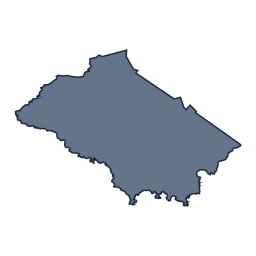 outline of Municipality A, Montevideo, Uruguay
{"feature_id": "84410073B77317438071438", "entity_name": "Municipality A", "entity_type": "district", "adm_level": 2, "iso_a3": "URY", "parent_name": "Uruguay", "parent_adm1": "Montevideo", "projection": "albers", "projection_center": [-56.335, -34.842], "detail": "fine", "context": "isolated", "style": "filled", "palette": "slate", "viewbox_px": 256, "rotation_deg": 0, "n_neighbors": 0, "source": "geoboundaries", "source_scale": "gbopen_adm2", "svg_char_len": 5824}
<svg xmlns="http://www.w3.org/2000/svg" viewBox="0 0 256 256"><path d="M98.9,55.1L96.5,57.3L89.8,58.9L90.3,61.9L89.6,63.2L89.5,63.9L90.8,65.0L90.8,67.5L90.5,68.0L89.6,68.0L88.5,68.8L87.8,70.0L89.2,70.3L89.2,70.7L88.9,70.9L89.1,71.3L85.6,72.0L84.8,72.6L84.5,74.1L84.0,74.5L83.5,76.1L82.7,76.7L81.6,76.7L78.2,77.3L69.4,76.2L68.0,75.5L63.0,76.0L58.2,75.3L56.6,76.3L57.2,76.5L56.6,78.9L53.3,80.9L52.0,82.3L48.3,84.6L45.2,84.8L45.7,85.1L43.7,86.2L43.0,86.4L42.3,87.7L40.9,87.7L40.7,87.8L40.9,88.2L41.8,88.8L42.0,90.2L40.9,90.8L40.6,91.5L39.5,92.2L39.8,93.5L39.3,94.2L39.4,95.0L39.0,95.0L39.3,95.6L38.9,95.4L38.1,96.0L38.4,96.4L38.1,96.7L36.4,95.9L37.7,97.0L37.7,97.4L37.5,97.5L37.7,97.9L37.3,98.0L37.4,98.3L36.1,98.8L34.3,98.7L34.2,99.0L32.9,99.0L32.5,99.5L32.6,100.3L32.3,100.7L31.8,100.7L31.6,101.2L31.1,100.9L30.5,101.1L29.8,101.6L30.3,101.9L29.5,101.9L29.0,102.1L29.4,103.1L29.0,103.5L29.0,104.0L28.6,104.2L28.6,104.7L28.0,105.1L26.3,104.7L25.0,105.2L24.2,106.0L23.1,106.5L22.8,107.2L21.1,108.8L19.8,110.5L16.2,111.2L15.4,111.8L15.4,112.0L15.8,112.3L15.6,114.0L16.0,115.0L17.6,115.3L16.8,116.0L16.8,116.5L17.4,117.0L17.3,117.7L17.8,118.1L17.8,118.8L17.4,119.1L17.6,119.9L19.7,120.5L20.8,120.5L20.7,121.5L21.8,123.4L25.3,123.7L26.3,124.1L26.7,124.9L27.1,125.0L27.2,125.5L27.8,125.8L30.1,126.4L31.6,125.9L32.5,126.1L32.3,126.3L33.5,125.8L34.3,126.8L35.3,127.0L34.9,127.4L35.3,127.4L35.3,127.8L36.0,127.6L36.3,127.9L37.1,127.7L37.2,128.1L38.1,128.0L39.3,128.6L41.2,128.7L42.1,128.4L43.0,128.7L45.0,128.7L46.5,129.6L47.0,130.9L50.0,130.4L55.6,132.4L57.1,133.9L56.9,136.0L57.3,137.4L57.9,138.3L59.2,138.8L60.5,140.4L61.2,140.2L62.0,140.6L63.5,139.9L65.0,140.8L65.5,141.6L64.8,143.1L64.9,143.7L64.6,144.4L64.8,145.4L65.1,145.7L65.3,146.8L66.6,147.6L68.8,147.4L70.0,148.4L70.0,149.3L69.0,150.1L69.1,150.8L70.4,151.7L71.3,152.0L72.2,152.8L76.1,153.1L78.8,153.8L79.3,154.4L79.2,155.0L78.6,155.3L78.1,155.9L78.4,156.5L79.9,156.3L80.6,156.7L81.0,157.4L81.7,157.6L82.4,157.5L82.8,156.8L83.8,156.6L84.7,157.9L87.0,158.5L88.4,158.2L89.4,157.4L90.1,157.5L91.4,159.2L90.8,159.3L90.1,160.1L90.0,160.7L90.3,160.8L90.1,161.2L90.7,161.8L91.3,160.9L91.9,160.8L93.4,163.2L93.8,163.0L93.3,162.7L92.0,160.8L92.7,160.5L93.0,161.2L93.3,161.1L93.1,160.0L93.4,160.0L93.7,161.0L94.0,161.0L93.5,159.2L94.2,157.9L94.5,157.9L95.0,159.1L95.6,159.6L95.3,159.8L96.0,160.2L97.0,160.0L97.7,161.9L98.6,161.9L99.4,162.5L99.0,162.6L99.1,163.0L100.3,162.9L101.0,163.2L102.5,162.0L105.5,163.1L105.7,163.5L105.2,164.6L105.8,165.0L106.1,164.6L106.4,164.7L106.4,165.6L108.2,166.1L108.4,166.8L110.1,168.4L110.6,169.2L110.5,169.7L110.7,169.9L110.5,170.2L111.0,170.7L110.8,171.0L111.3,172.7L112.5,173.9L112.7,175.2L113.6,175.5L113.6,176.7L113.0,176.7L113.7,178.6L112.3,179.7L112.0,180.3L111.8,181.7L113.3,182.5L114.4,183.7L114.4,185.2L113.7,186.6L114.6,187.0L117.3,186.9L119.8,188.0L120.9,189.0L120.8,189.5L121.1,190.2L123.9,191.0L125.8,192.6L126.0,193.6L127.4,194.7L128.8,195.3L130.4,199.6L130.9,199.7L131.3,200.4L131.2,200.8L130.5,200.8L130.0,201.2L129.2,203.7L129.4,204.1L132.0,204.0L133.1,205.0L134.1,204.5L133.8,204.4L133.9,203.0L134.4,202.2L134.6,202.6L135.6,202.7L135.9,202.6L136.6,201.1L136.0,200.2L133.7,199.4L133.8,198.6L135.0,197.5L134.8,196.9L135.5,195.7L135.6,194.8L137.0,194.5L137.2,194.8L137.4,194.6L137.7,195.3L138.9,194.5L139.1,193.6L139.9,192.8L143.3,190.6L145.5,190.3L146.8,190.6L148.2,190.0L149.7,190.4L150.5,191.5L151.6,192.2L151.6,193.0L151.9,193.5L153.6,193.0L153.7,192.1L154.2,191.4L154.9,191.5L155.2,192.2L155.9,192.6L155.8,193.3L156.7,193.6L157.3,194.3L157.2,195.0L156.0,195.5L155.9,195.9L155.3,196.3L155.1,197.3L155.6,197.9L158.2,198.4L159.4,198.2L160.2,198.4L160.4,198.1L160.3,197.8L159.7,197.4L160.0,197.2L159.6,197.1L158.8,195.9L159.1,195.2L158.7,194.2L160.7,193.6L160.9,193.9L161.2,193.3L161.0,192.3L161.5,192.0L162.5,192.1L163.2,191.8L163.1,192.0L164.3,192.3L164.7,193.1L165.2,193.6L166.2,193.5L167.3,194.7L167.6,196.2L166.3,197.9L165.5,197.4L166.6,198.3L167.4,199.8L168.2,200.0L168.8,200.9L170.4,200.3L170.4,198.9L171.9,196.4L172.5,195.9L173.9,196.0L175.6,196.8L176.2,197.5L176.4,197.9L175.6,198.2L175.3,198.6L175.5,199.4L176.9,200.4L179.4,201.3L181.6,201.4L182.8,201.8L183.6,202.7L184.1,202.7L184.4,203.7L183.6,204.0L183.7,205.5L185.5,205.8L186.8,205.2L187.9,205.7L188.0,205.5L186.9,205.1L186.9,204.9L187.4,205.0L187.7,204.4L188.6,204.1L187.9,204.2L187.7,203.6L188.1,203.5L187.4,203.4L187.3,202.7L187.7,202.6L188.0,202.2L186.8,202.6L186.6,201.9L187.3,202.0L186.8,201.8L187.1,201.4L186.3,200.0L186.2,198.7L185.8,198.4L186.1,197.7L187.9,197.5L187.7,197.3L188.3,197.8L188.3,197.5L188.7,197.5L188.5,197.2L189.1,197.3L189.2,197.0L188.9,196.9L189.1,196.6L188.9,196.6L189.2,196.4L188.7,195.9L189.4,196.0L190.0,195.0L190.9,194.5L194.5,193.4L195.3,193.7L196.7,193.4L196.5,193.8L198.8,193.1L199.2,193.6L199.4,193.6L199.3,193.1L199.9,191.4L199.5,190.3L199.7,188.7L199.2,187.9L199.4,186.5L200.0,186.1L199.8,185.4L199.4,184.9L199.2,183.7L199.6,183.6L199.2,182.9L199.2,182.5L199.7,182.3L199.1,182.2L198.9,181.5L199.1,181.5L199.1,179.7L199.6,179.5L199.4,179.4L199.9,178.4L200.4,178.2L200.2,178.2L200.4,177.7L200.0,177.0L198.2,177.0L197.5,176.5L197.4,175.9L196.9,175.6L196.6,172.8L197.0,171.7L197.4,171.1L199.1,170.7L200.0,169.6L200.8,169.6L201.1,169.9L204.0,169.8L206.1,170.7L206.1,171.1L206.9,171.7L208.1,173.7L210.3,174.7L211.2,172.7L213.1,174.0L213.4,173.7L214.1,174.0L215.2,171.6L215.9,171.6L216.8,169.5L216.6,168.6L218.0,165.6L218.0,162.6L218.9,161.5L224.7,159.9L226.2,158.8L226.8,157.4L227.8,156.0L228.2,153.5L229.8,152.2L232.6,150.7L232.6,149.4L233.2,148.4L238.4,147.3L239.4,146.3L240.6,145.9L240.6,144.8L239.2,143.6L195.4,112.6L196.3,111.6L195.2,110.2L190.1,105.2L185.9,109.6L183.8,107.3L180.5,97.3L174.1,98.9L135.9,73.1L137.7,70.4L133.5,69.3L126.1,56.3L126.6,50.2L102.3,56.6L98.9,55.1Z" fill="#64748b" stroke="#1e293b" stroke-width="1.5"/></svg>